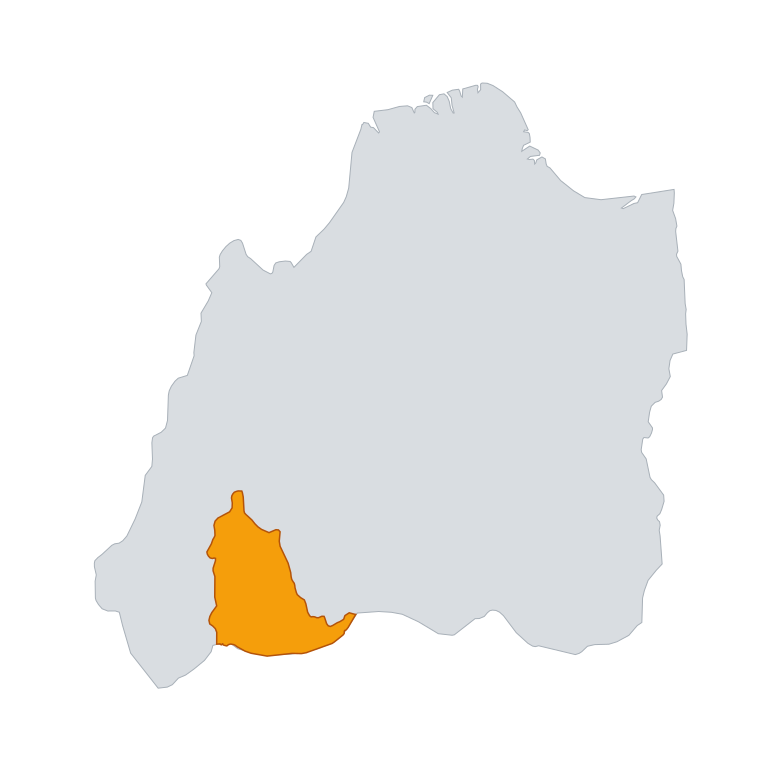 Nigeria, with Yobe highlighted, rotated 174°
{"feature_id": "NGA-2873", "entity_name": "Yobe", "entity_type": "State", "adm_level": 1, "iso_a3": "NGA", "parent_name": "Nigeria", "parent_adm1": "", "projection": "natural_earth1", "projection_center": [11.324, 11.986], "detail": "fine", "context": "in_parent", "style": "filled", "palette": "amber", "viewbox_px": 768, "rotation_deg": 174, "n_neighbors": 0, "source": "natural_earth", "source_scale": "10m", "svg_char_len": 5414}
<svg xmlns="http://www.w3.org/2000/svg" viewBox="0 0 768 768"><g transform="rotate(174 384 384)"><path d="M640.4,105.1L664.1,142.8L669.2,170.9L671.1,184.7L675.0,186.4L682.4,187.1L687.8,189.9L691.0,194.5L693.0,198.8L693.4,201.3L691.9,218.1L690.1,224.2L691.1,232.5L690.8,236.1L690.0,238.5L686.7,241.3L682.3,244.0L671.6,252.0L668.5,253.2L664.1,253.4L660.2,255.4L655.6,259.7L645.6,275.8L637.2,292.0L631.0,318.1L623.5,326.3L622.1,333.5L621.0,349.8L619.8,354.7L618.6,356.2L610.6,359.3L605.9,363.0L603.1,370.4L599.6,395.5L598.3,399.7L595.7,404.0L591.5,408.7L588.0,411.3L578.7,413.1L569.9,431.9L569.8,435.2L565.9,452.4L559.1,465.3L558.6,473.6L550.1,485.0L545.7,492.8L550.3,500.9L550.6,502.2L536.0,515.9L535.1,517.9L534.5,527.4L533.4,529.9L530.7,533.4L526.8,537.2L522.7,540.2L518.2,542.3L513.9,543.0L511.4,541.8L510.0,538.9L507.6,527.4L506.3,524.9L503.5,522.6L492.3,509.9L485.5,505.4L484.0,505.7L482.9,506.9L480.9,513.4L479.0,515.7L475.4,516.5L469.2,516.6L464.6,515.7L463.6,514.4L461.4,509.4L447.4,521.0L442.6,523.6L436.3,537.4L427.5,544.2L421.4,550.1L405.1,568.8L401.9,574.3L398.6,582.6L391.6,617.7L380.4,639.7L378.8,644.3L378.2,644.2L376.7,646.2L372.4,644.9L370.4,640.8L367.7,640.1L363.1,634.2L362.1,635.2L367.0,650.3L365.2,656.2L351.4,656.4L339.6,658.4L331.5,658.2L327.4,656.0L325.6,650.4L324.9,650.9L324.5,654.0L321.9,656.4L312.7,656.8L308.7,653.0L305.5,648.6L302.0,646.7L302.5,648.5L306.5,652.7L306.0,658.8L298.7,665.9L294.0,666.3L291.1,663.2L289.6,658.3L288.9,651.0L286.9,646.2L285.9,646.2L287.2,654.1L287.2,661.6L290.7,667.3L285.3,669.1L278.9,669.3L278.1,667.2L277.2,662.4L276.1,661.1L274.8,669.2L261.5,671.5L259.7,671.2L259.3,669.7L260.3,667.4L260.1,663.8L257.1,666.6L256.6,672.2L255.0,673.1L249.9,672.3L244.4,669.4L235.5,662.3L224.6,650.8L222.8,645.7L219.7,639.3L214.0,621.8L215.1,621.0L217.6,622.0L218.8,620.3L214.3,619.1L213.3,617.9L213.0,614.0L213.3,609.3L220.2,606.8L221.8,603.9L222.7,601.0L214.2,605.4L206.2,600.5L204.5,597.5L205.4,595.2L214.6,595.0L217.9,592.8L215.9,592.0L212.4,592.1L211.1,590.6L211.2,587.0L210.1,587.8L208.5,591.0L203.2,593.3L200.0,591.0L199.7,585.8L199.0,583.4L196.4,581.6L187.0,567.8L175.3,556.3L164.8,548.4L148.9,544.6L115.7,544.8L113.9,543.7L115.9,541.9L118.8,540.6L129.5,534.2L127.7,533.4L116.6,537.4L112.8,537.8L107.9,545.5L75.2,547.2L75.3,543.6L76.8,533.5L78.8,526.5L76.7,518.0L76.2,510.4L77.5,508.0L78.0,505.1L77.8,485.4L79.5,482.5L79.6,480.4L76.2,472.1L76.3,465.6L75.7,459.4L74.6,456.5L76.1,432.5L75.7,426.5L76.7,422.3L77.4,411.9L77.3,401.8L79.6,385.8L93.6,383.6L97.1,377.4L99.1,369.4L98.5,361.5L103.1,354.6L108.6,348.5L108.4,341.8L109.9,339.7L112.6,338.2L116.3,337.4L120.5,334.0L122.8,328.2L125.2,318.8L121.6,312.3L121.7,310.8L123.1,307.3L125.3,303.8L127.0,302.7L131.1,303.6L132.4,302.2L135.1,291.8L134.9,289.0L131.1,282.1L129.2,263.4L128.1,260.9L125.2,257.5L117.5,244.3L117.7,238.1L121.0,230.1L123.2,226.2L126.2,224.0L126.8,222.2L125.9,220.0L124.4,218.3L124.1,214.7L125.6,209.7L125.3,204.2L126.2,175.9L132.6,170.4L141.9,161.1L146.6,151.5L149.2,144.2L152.5,119.9L157.4,117.3L166.7,108.5L179.3,103.3L187.5,101.7L201.8,102.8L209.1,101.9L215.3,97.1L218.1,95.7L222.0,94.9L257.6,107.5L260.9,107.0L263.6,107.8L268.0,111.1L278.5,122.9L289.4,141.1L292.9,145.0L296.3,147.1L299.8,147.8L302.4,147.5L305.0,145.8L308.5,142.4L313.7,140.8L318.0,141.1L340.3,127.2L342.5,127.0L356.1,130.0L374.7,144.0L389.9,153.1L400.5,156.2L413.1,158.3L434.5,159.0L450.7,139.4L456.7,135.1L463.9,131.3L479.0,127.6L503.9,125.1L527.3,126.2L541.8,129.6L557.1,136.0L563.7,142.1L574.1,143.1L581.5,141.9L583.9,135.8L591.4,127.9L602.6,120.5L611.7,115.3L619.2,113.0L625.9,107.1L631.2,105.2L640.4,105.1ZM313.6,664.6L308.6,666.5L305.3,666.0L309.8,658.1L312.1,659.8L315.0,660.5L313.6,664.6Z" fill="#d9dde1" stroke="#a8b0b8" stroke-width="1"/><path d="M494.2,124.5L503.6,125.7L528.7,125.6L544.3,130.1L550.0,132.8L557.2,137.8L559.6,139.9L560.6,140.5L563.6,141.4L565.3,141.2L566.1,141.0L567.1,140.2L568.0,140.0L570.6,141.0L571.2,141.4L571.4,141.8L571.4,142.2L571.5,142.4L571.9,142.5L572.1,142.3L572.3,142.0L572.7,141.7L573.1,141.6L573.7,142.0L574.0,142.5L574.4,142.8L574.9,142.5L575.8,142.7L577.6,142.8L576.3,154.5L577.3,158.3L579.6,161.2L582.4,163.6L582.8,167.3L581.5,171.0L579.2,174.6L573.6,180.8L574.6,189.8L572.3,210.1L573.5,216.1L573.2,218.7L570.1,225.8L569.8,228.2L571.2,228.7L572.9,228.4L575.1,229.2L576.6,231.2L577.5,233.3L577.7,235.5L572.5,242.9L570.4,247.3L569.0,249.1L567.9,251.0L567.6,256.1L567.9,261.2L566.3,265.3L563.1,268.1L550.9,273.0L548.0,276.7L547.3,281.6L547.6,286.6L547.0,288.7L545.8,290.5L544.2,292.0L542.2,292.6L540.3,292.9L536.6,292.4L536.2,290.7L535.8,286.3L536.5,272.5L536.2,270.4L535.1,268.8L529.6,262.6L527.1,258.6L524.3,255.1L521.0,252.2L513.9,248.2L506.7,250.4L504.2,249.9L502.8,247.9L504.6,238.6L504.3,233.5L498.1,215.9L496.5,206.3L496.5,202.1L496.2,199.4L495.2,197.1L494.1,195.2L493.8,193.1L493.8,190.7L493.0,185.9L492.3,183.6L489.3,180.3L485.8,177.6L484.7,173.6L483.8,165.1L482.2,161.3L480.8,160.0L479.0,160.1L477.1,159.6L475.3,158.6L473.6,158.4L470.1,159.5L467.9,159.2L467.4,157.6L466.1,151.6L464.7,149.3L462.6,148.5L460.3,149.2L455.4,151.5L452.9,152.2L449.3,153.9L448.4,154.7L447.8,156.3L447.0,157.8L442.5,160.1L437.6,158.2L436.2,157.8L445.0,145.8L446.8,143.9L447.8,143.2L448.3,143.0L448.6,143.0L448.8,143.0L449.2,142.5L449.4,141.9L449.6,140.4L449.9,139.8L450.8,138.8L460.6,132.5L462.7,131.4L487.8,125.3L489.2,124.9L494.2,124.5Z" fill="#f59e0b" stroke="#b45309" stroke-width="1.5"/></g></svg>